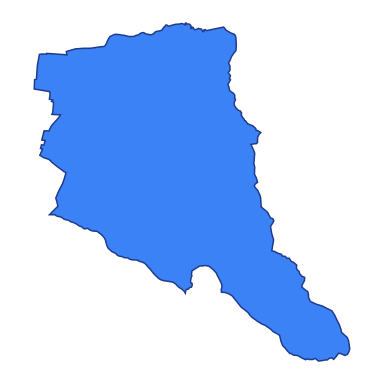 outline of Cerrillos, Salta, Argentina
{"feature_id": "61730980B31698660486966", "entity_name": "Cerrillos", "entity_type": "district", "adm_level": 2, "iso_a3": "ARG", "parent_name": "Argentina", "parent_adm1": "Salta", "projection": "albers", "projection_center": [-65.403, -25.006], "detail": "fine", "context": "isolated", "style": "filled", "palette": "blue", "viewbox_px": 384, "rotation_deg": 0, "n_neighbors": 0, "source": "geoboundaries", "source_scale": "gbopen_adm2", "svg_char_len": 5858}
<svg xmlns="http://www.w3.org/2000/svg" viewBox="0 0 384 384"><path d="M318.4,361.0L322.3,360.6L325.0,360.0L327.4,359.9L329.0,358.5L331.9,357.8L333.6,359.4L336.4,356.3L338.4,353.3L341.1,353.7L345.0,355.5L347.4,354.3L348.7,352.2L349.8,348.8L348.5,340.6L347.2,337.5L341.5,332.3L341.0,329.7L339.4,324.9L336.9,320.0L334.8,315.4L331.9,310.8L327.2,308.6L322.4,306.0L316.9,304.4L310.4,301.5L308.5,297.3L308.5,294.9L307.8,291.7L305.2,289.9L301.8,287.0L302.1,284.9L304.4,280.8L304.7,277.4L301.8,276.1L299.8,274.0L299.0,271.3L297.4,270.1L296.4,268.2L296.7,265.1L293.6,262.4L291.1,261.3L289.3,258.3L287.0,258.2L285.1,256.3L282.3,256.1L281.5,254.3L278.3,253.4L274.4,251.4L271.8,250.8L273.6,239.9L271.8,233.8L270.5,226.6L271.8,224.4L272.9,222.8L273.8,220.7L272.9,218.7L270.6,218.0L269.5,216.2L268.1,213.1L266.5,211.2L264.2,209.5L261.2,206.9L260.8,200.7L260.6,197.7L259.9,195.0L258.9,193.2L257.9,190.7L256.6,189.1L255.2,187.5L254.3,186.0L255.0,184.3L257.6,182.2L256.1,177.4L254.5,174.4L254.7,166.8L253.8,163.4L254.2,160.0L254.7,153.2L253.5,150.0L252.1,146.9L250.8,144.4L254.3,143.8L256.2,143.7L257.5,142.6L257.6,139.4L257.6,137.3L259.0,134.5L260.8,132.5L258.6,131.1L256.1,130.1L255.7,128.4L252.9,125.9L247.7,123.8L245.6,120.9L244.5,120.3L243.7,118.5L242.4,117.4L242.1,116.4L241.2,115.0L241.6,113.0L240.4,111.1L238.3,110.2L236.1,108.0L234.5,105.8L234.1,102.6L235.1,100.7L235.5,99.2L234.5,97.8L234.8,96.7L234.7,95.0L233.4,93.2L231.5,92.1L229.5,90.3L229.0,87.1L227.8,84.6L230.5,79.8L229.3,78.5L230.1,77.0L230.4,75.5L229.2,74.1L228.3,72.5L230.0,70.3L229.9,65.9L228.5,62.8L229.9,60.8L231.4,56.8L233.4,53.7L235.9,50.7L236.2,47.1L236.2,43.2L235.9,37.9L235.5,36.0L234.6,34.5L232.9,33.7L231.1,33.1L227.6,31.1L225.9,30.0L224.4,27.8L223.5,27.1L206.9,30.5L205.9,30.4L205.6,30.0L205.1,29.7L204.6,29.7L203.9,29.9L203.8,30.3L203.9,31.0L203.9,31.4L203.7,31.6L203.3,31.7L202.7,31.4L202.1,30.4L201.7,29.3L201.3,29.0L201.0,28.9L200.1,29.0L199.7,28.9L199.3,28.8L198.8,28.4L198.5,28.4L198.3,28.4L197.5,28.9L195.8,29.5L195.5,29.7L195.0,29.7L194.4,29.4L194.1,29.1L193.5,28.3L193.4,27.9L193.1,27.5L192.7,27.2L192.3,27.4L191.8,28.3L191.4,28.5L190.9,28.4L190.7,28.0L190.9,27.1L191.1,26.7L191.1,26.2L190.9,25.7L190.0,24.6L189.1,24.0L188.6,24.0L188.2,24.2L187.8,24.2L187.2,24.0L186.6,23.3L186.2,23.1L185.7,23.0L185.2,23.3L185.1,23.6L185.1,23.8L185.6,24.7L185.3,24.9L184.9,24.8L184.2,24.5L182.7,23.7L182.1,23.6L181.4,23.6L180.7,23.7L180.1,23.9L179.5,24.0L176.7,24.2L174.9,24.4L173.8,24.8L173.5,24.9L171.2,25.4L170.4,25.7L169.8,26.0L169.1,26.2L168.4,26.1L168.0,25.8L167.7,25.5L167.1,25.2L166.1,25.0L165.6,25.2L165.4,25.5L165.3,26.0L165.0,26.3L164.2,26.8L163.2,28.1L162.6,29.0L162.1,29.8L161.1,30.5L158.5,31.1L157.1,31.3L156.2,31.5L154.8,32.3L154.5,32.8L153.3,33.9L151.9,34.5L151.3,34.7L150.1,34.8L148.9,34.4L146.4,34.1L145.0,33.4L143.7,32.6L143.1,32.6L140.7,33.2L139.8,33.8L138.8,34.7L135.2,35.7L134.8,35.9L134.5,36.2L134.1,36.4L132.5,36.5L130.4,36.5L129.1,36.5L126.2,35.9L125.3,35.6L124.3,35.4L123.9,35.2L122.6,35.2L118.6,34.5L115.9,34.3L114.8,34.4L113.0,35.1L110.1,36.5L108.8,38.3L107.4,41.0L106.2,43.9L104.9,46.0L103.7,46.5L101.3,46.7L90.1,48.3L83.3,48.3L75.3,48.9L66.3,51.5L66.9,54.8L46.6,53.4L46.6,54.1L42.0,54.0L39.4,54.4L37.4,65.4L36.4,79.3L34.6,79.7L34.2,89.0L49.5,91.6L50.1,93.4L49.4,99.3L52.5,99.9L52.9,100.1L51.6,101.4L53.6,102.3L52.9,110.8L52.6,113.0L51.9,114.4L60.5,114.9L59.5,116.5L57.7,118.8L52.4,124.7L50.7,127.1L49.0,130.9L44.1,130.8L41.8,140.1L45.2,140.5L43.8,145.1L41.5,144.8L40.5,148.6L42.6,148.9L39.8,155.3L43.7,157.6L48.8,159.4L50.4,160.7L52.0,162.4L57.9,167.1L64.4,171.9L65.1,172.1L66.0,172.7L64.2,178.9L62.6,183.5L58.6,191.3L55.8,198.0L57.1,202.7L57.9,206.2L49.5,214.7L54.9,214.7L55.6,215.4L57.6,216.3L59.1,216.6L60.0,216.7L62.1,217.7L63.1,218.4L63.8,219.0L64.7,219.4L67.0,220.0L67.9,220.0L68.9,220.5L70.5,221.6L71.2,222.0L72.1,222.1L73.8,222.7L76.1,223.8L77.3,224.6L77.9,225.1L78.9,225.7L80.2,226.3L81.3,226.6L83.0,227.9L83.4,228.3L83.9,228.7L84.7,228.8L85.6,228.8L87.7,228.3L89.2,229.5L90.1,230.1L91.9,230.8L94.7,231.2L95.4,231.2L97.2,231.4L99.8,233.4L100.7,234.0L102.1,235.3L104.1,237.6L105.2,239.5L105.5,240.3L105.7,241.3L106.2,243.2L106.7,245.0L107.2,246.5L107.6,247.1L108.1,248.0L108.5,248.6L110.0,249.8L110.6,250.5L111.4,251.2L112.4,251.9L114.6,252.9L116.3,254.0L117.3,255.2L117.8,255.5L118.8,255.9L119.7,256.2L122.0,256.6L124.3,257.6L124.9,257.8L127.0,257.8L128.0,258.0L129.5,259.1L130.8,259.5L131.9,259.8L132.6,259.8L135.0,260.0L136.1,260.0L137.1,260.2L138.3,260.7L138.9,261.1L140.8,261.7L142.2,262.1L143.7,262.8L144.6,263.3L146.2,264.7L147.0,265.6L147.4,266.4L148.2,267.0L148.8,267.9L150.5,269.4L150.9,270.1L153.6,273.5L155.6,275.5L156.5,276.3L157.9,277.8L158.6,278.4L160.6,279.7L163.0,280.5L164.1,280.8L166.9,281.1L172.1,282.0L173.2,282.3L175.4,283.8L176.1,284.4L176.8,285.3L177.9,286.3L178.9,287.4L180.5,288.3L182.0,289.2L182.7,289.8L184.5,291.7L185.3,293.2L185.8,290.5L186.2,289.8L186.6,289.4L186.9,289.3L187.5,289.3L188.2,289.1L188.6,288.9L188.8,288.8L188.9,288.4L189.4,287.8L189.8,287.6L190.2,287.4L191.3,287.2L191.8,286.6L192.2,284.9L192.3,284.5L192.1,283.8L191.9,283.1L191.6,283.0L191.2,282.9L190.9,282.8L190.7,282.4L190.6,282.0L190.6,280.9L190.7,279.8L190.9,278.9L191.1,278.1L191.2,277.3L191.4,276.8L191.8,276.2L191.9,275.8L191.5,274.7L191.6,272.9L191.9,272.0L191.9,271.5L191.8,270.9L199.7,266.0L202.4,265.9L205.7,265.5L209.2,266.3L213.6,270.0L216.2,272.9L217.5,275.7L220.4,281.3L221.5,283.9L222.0,286.8L221.2,289.8L221.4,292.2L225.1,292.5L229.0,293.9L232.2,295.9L241.5,307.5L243.7,309.0L248.3,312.8L249.7,314.9L252.2,317.5L258.1,321.7L261.4,323.8L265.2,325.4L267.2,326.8L270.7,329.2L273.2,331.7L277.2,333.8L279.6,335.4L281.1,341.7L282.7,345.7L285.3,348.3L287.4,350.9L289.9,353.6L291.1,353.5L293.6,355.2L297.6,355.5L302.0,358.0L305.5,359.7L307.3,358.9L309.2,359.5L312.8,359.5L315.3,358.4L318.4,361.0Z" fill="#3b82f6" stroke="#1e3a8a" stroke-width="1.5"/></svg>